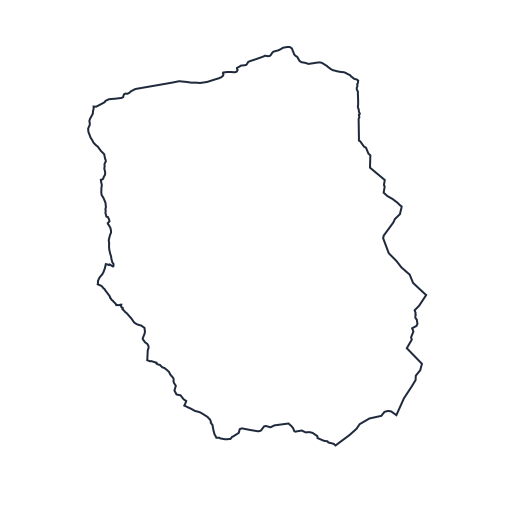 Baia De Aries, Alba, Romania, rotated 350°
{"feature_id": "2599482B67435785044540", "entity_name": "Baia De Aries", "entity_type": "district", "adm_level": 2, "iso_a3": "ROU", "parent_name": "Romania", "parent_adm1": "Alba", "projection": "robinson", "projection_center": [23.287, 46.379], "detail": "fine", "context": "isolated", "style": "outline", "palette": "slate", "viewbox_px": 512, "rotation_deg": 350, "n_neighbors": 0, "source": "geoboundaries", "source_scale": "gbopen_adm2", "svg_char_len": 5639}
<svg xmlns="http://www.w3.org/2000/svg" viewBox="0 0 512 512"><g transform="rotate(350 256 256)"><path d="M366.6,437.1L377.0,421.8L386.8,411.4L391.6,405.9L392.6,401.6L397.9,397.0L400.7,391.0L388.5,373.0L394.9,365.4L394.6,363.0L397.9,357.7L397.2,354.3L401.9,352.7L403.2,350.9L403.3,346.5L402.3,345.0L402.4,343.1L403.1,341.7L402.8,340.9L403.3,339.8L402.8,337.0L408.0,333.3L416.8,324.0L414.9,321.6L406.0,309.8L404.1,301.0L401.8,298.2L397.1,292.3L395.3,288.8L393.5,285.4L393.3,285.1L388.4,278.0L387.2,276.2L384.3,260.5L385.4,258.0L397.1,246.8L399.2,243.7L405.0,239.8L407.7,233.6L408.0,232.4L406.7,231.1L404.5,228.0L400.4,223.6L395.7,219.7L392.7,215.8L394.8,209.9L394.3,208.4L396.0,203.5L383.6,188.8L386.1,176.7L384.5,174.7L383.1,168.4L381.4,167.1L378.5,161.1L377.4,160.2L377.5,159.4L377.7,158.6L378.3,154.9L380.9,138.7L381.9,137.3L381.8,134.8L382.3,134.5L382.9,134.1L382.8,133.1L382.4,132.0L382.5,130.6L382.6,129.4L382.3,128.2L382.2,126.7L382.9,124.6L383.7,119.9L384.6,113.3L384.9,111.9L384.2,109.6L384.3,108.7L384.4,107.9L384.7,107.4L385.3,106.5L385.5,105.5L385.4,104.6L386.4,103.3L386.7,102.2L387.1,101.0L386.9,100.8L386.2,99.9L384.9,99.2L383.4,98.5L383.0,98.1L382.1,97.0L380.7,95.5L380.1,94.3L379.0,93.5L377.8,92.7L376.7,91.7L375.0,90.6L374.1,90.1L372.9,89.9L371.0,89.3L370.1,89.0L369.4,88.7L367.8,88.1L366.0,87.2L365.0,86.8L363.7,86.2L361.7,84.5L361.0,83.6L360.0,82.7L359.4,81.9L358.8,81.1L356.9,79.5L355.7,78.3L354.2,77.2L353.8,76.9L353.3,76.7L352.3,76.4L351.5,76.3L350.2,76.2L348.5,76.1L347.1,76.1L344.9,76.1L343.7,76.0L342.6,76.0L341.6,76.0L340.9,75.9L340.2,75.5L339.5,75.1L338.7,74.7L337.4,74.1L335.8,73.5L334.9,73.3L334.4,73.0L333.9,72.5L333.2,72.0L332.8,71.4L332.5,70.9L332.3,69.9L331.8,69.1L331.6,68.3L331.4,67.5L331.0,66.9L330.3,66.3L329.6,65.6L329.0,64.8L328.8,64.4L328.7,64.0L328.5,63.6L328.4,62.9L328.3,62.4L328.2,61.6L328.0,61.1L327.8,60.6L327.8,60.0L327.7,59.3L327.6,58.7L327.3,57.9L327.1,57.5L326.7,57.1L326.3,56.7L325.5,56.1L324.7,55.8L323.7,55.7L322.7,55.6L321.0,55.6L319.5,55.6L318.4,55.7L317.3,56.2L316.3,56.6L314.6,57.1L313.0,57.4L310.7,57.6L309.2,57.7L308.2,58.0L307.3,58.7L306.5,59.5L305.5,60.6L304.7,61.2L303.8,61.4L302.6,61.3L301.5,61.0L299.7,60.3L298.5,60.7L296.5,61.1L289.9,62.2L283.6,63.1L281.9,63.6L280.8,65.0L279.6,66.1L278.3,66.2L275.7,66.0L274.1,65.9L272.9,66.5L269.9,67.5L269.8,68.5L270.2,69.6L269.0,71.1L267.1,71.4L263.5,70.5L259.6,69.8L257.8,69.7L255.5,69.6L255.2,70.0L255.4,71.9L254.6,72.9L252.9,73.9L250.5,74.5L246.3,75.0L241.8,75.6L238.2,76.1L234.3,76.0L230.9,75.9L227.2,74.9L222.5,74.1L218.1,72.6L210.6,70.5L204.0,70.7L166.2,70.6L161.4,72.1L159.4,73.4L157.4,73.9L155.6,73.4L154.3,73.7L153.5,74.7L152.8,76.4L151.1,77.0L147.6,76.8L144.0,76.6L141.1,76.3L138.3,76.1L134.7,77.1L133.6,78.3L129.0,79.8L124.5,81.2L122.0,80.6L121.9,81.7L121.4,83.5L120.9,84.4L120.4,85.8L120.1,87.3L118.7,89.2L116.4,92.0L115.3,94.2L115.4,96.3L115.0,98.1L112.8,101.4L112.5,104.8L113.3,108.7L113.6,110.6L114.6,112.9L115.6,116.0L117.3,118.7L119.4,121.1L120.1,122.8L121.0,124.5L121.5,125.6L123.0,127.7L124.2,129.4L124.2,131.2L124.3,134.2L124.6,135.3L124.6,136.6L123.5,138.0L122.7,139.3L122.5,141.4L121.8,143.6L122.0,147.4L121.7,148.9L121.1,150.3L120.2,151.1L119.5,152.2L119.0,153.3L118.1,153.9L116.5,154.0L116.5,154.4L116.3,155.4L116.4,157.1L116.5,158.6L116.3,160.2L115.5,162.3L115.3,163.5L115.0,164.9L114.6,167.0L114.6,169.4L115.3,170.9L115.9,172.5L116.7,176.0L117.0,177.6L116.8,180.2L116.7,181.7L115.8,183.8L115.9,185.3L115.2,187.3L115.3,188.6L115.5,191.2L116.0,191.5L117.0,192.0L117.7,194.9L117.7,196.5L115.7,197.9L115.7,198.7L116.2,199.6L116.7,200.8L117.5,203.1L117.6,206.1L117.3,207.8L115.8,210.1L113.7,214.9L113.6,217.8L112.9,221.2L112.6,224.2L112.8,228.4L113.2,231.1L113.1,233.9L113.4,237.3L114.3,239.1L113.9,241.1L113.3,241.5L112.5,240.8L110.4,238.9L109.6,239.4L108.9,238.8L106.7,237.9L105.0,241.9L103.1,245.2L101.4,247.4L99.1,249.2L97.8,250.5L96.0,253.2L95.7,255.1L95.2,256.4L98.2,258.3L99.1,259.3L99.5,260.0L100.2,261.4L101.0,262.1L101.5,263.2L101.6,263.7L102.5,265.4L103.2,266.6L103.6,267.6L104.7,269.7L105.2,271.2L105.0,271.6L105.8,273.0L106.0,273.9L106.5,274.4L107.3,275.2L107.6,276.0L109.5,278.6L109.8,280.1L111.4,280.2L111.7,280.5L112.7,280.7L114.2,280.4L114.6,280.4L114.9,280.5L114.4,281.5L114.4,282.6L115.8,284.2L115.2,284.9L117.5,288.5L118.9,290.1L121.0,293.6L122.6,296.2L123.6,298.5L124.5,300.4L126.8,302.5L129.3,303.9L130.7,304.4L133.7,307.4L133.5,311.3L132.7,313.3L130.2,317.3L130.1,318.4L131.8,321.8L133.3,323.3L133.9,324.1L134.5,326.2L134.2,328.0L133.1,329.8L130.8,339.7L133.3,341.3L134.5,341.3L139.5,343.8L139.2,344.6L140.5,345.7L142.5,346.6L143.2,347.7L144.3,349.2L145.1,349.8L146.2,350.2L148.4,352.7L150.2,355.0L151.0,357.8L153.4,362.0L153.4,363.8L152.9,365.2L153.3,367.0L154.5,369.9L152.3,374.4L153.7,378.6L157.5,380.1L158.6,382.2L159.8,384.5L162.1,386.7L160.9,388.8L159.4,390.9L165.7,395.3L166.7,396.1L167.6,396.9L169.2,398.1L171.8,399.2L174.1,400.5L175.4,401.6L180.5,406.2L180.9,407.1L181.4,407.9L182.2,408.7L182.5,410.1L182.8,410.8L182.5,412.4L183.0,412.9L183.1,413.7L183.8,414.8L183.8,419.6L184.2,424.5L184.7,425.7L185.4,428.1L188.2,428.6L189.1,429.4L192.8,430.8L194.5,431.3L199.1,431.7L201.1,429.9L202.0,429.8L208.3,427.2L209.9,423.7L212.2,423.3L219.2,426.0L227.6,429.0L229.5,429.0L230.6,428.7L234.4,425.2L236.1,425.1L240.6,427.2L244.8,426.0L258.9,426.6L261.3,429.6L262.6,431.9L263.3,435.1L264.1,435.8L270.7,435.8L274.2,438.3L278.0,438.7L281.0,440.0L285.1,444.0L285.0,446.0L291.0,449.9L294.2,450.9L294.8,452.2L299.8,454.4L301.4,456.4L317.3,448.4L325.0,443.6L328.9,439.6L339.5,435.7L351.6,435.2L355.5,431.8L359.0,431.5L362.1,432.5L366.6,437.1Z" fill="none" stroke="#1e293b" stroke-width="2"/></g></svg>